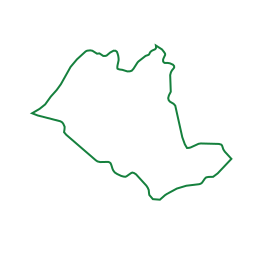 map outline of Kotayk (Robinson projection), rotated 147°
{"feature_id": "ARM-1673", "entity_name": "Kotayk", "entity_type": "Province", "adm_level": 1, "iso_a3": "ARM", "parent_name": "Armenia", "parent_adm1": "", "projection": "robinson", "projection_center": [44.631, 40.391], "detail": "fine", "context": "isolated", "style": "outline", "palette": "green", "viewbox_px": 256, "rotation_deg": 147, "n_neighbors": 0, "source": "natural_earth", "source_scale": "10m", "svg_char_len": 1704}
<svg xmlns="http://www.w3.org/2000/svg" viewBox="0 0 256 256"><g transform="rotate(147 128 128)"><path d="M140.3,50.5L145.9,54.8L146.6,60.2L145.9,61.8L144.4,64.7L144.0,67.1L144.0,69.7L146.5,84.8L147.5,87.0L148.7,88.3L150.2,88.5L155.5,88.3L156.7,88.5L158.1,89.6L159.8,91.5L162.2,95.4L163.3,97.9L163.5,100.4L163.2,102.3L162.2,105.8L161.8,107.9L162.2,109.2L163.0,110.3L169.9,114.6L171.8,116.6L172.6,118.5L183.5,156.0L183.9,159.3L181.8,161.7L180.5,163.5L180.0,166.7L180.1,168.5L181.0,170.4L196.9,187.7L200.4,192.6L191.7,192.2L184.6,192.9L175.6,196.4L167.1,198.7L160.4,201.3L142.9,210.5L133.4,213.4L121.8,215.3L120.2,215.1L117.4,213.7L115.8,212.2L113.5,207.2L111.3,206.1L109.5,201.9L108.0,200.9L106.5,200.4L101.9,201.0L98.0,200.7L96.4,199.6L95.8,198.0L96.2,196.1L96.8,194.1L97.6,192.3L98.4,190.8L99.1,189.8L102.9,186.0L103.8,184.9L104.5,183.6L104.2,182.9L103.1,181.6L101.1,179.9L97.7,175.8L95.5,174.5L93.7,174.0L91.1,174.7L84.5,177.7L83.1,178.1L74.0,178.9L71.1,178.2L70.4,178.2L69.8,178.5L68.3,179.4L67.6,179.6L66.3,179.8L65.0,179.7L62.7,179.3L61.9,179.4L61.3,179.6L60.9,180.0L60.5,180.4L60.3,180.7L59.7,182.0L56.7,175.4L56.4,172.2L56.4,170.2L57.0,169.1L59.9,167.3L61.2,166.4L62.2,164.9L62.3,163.7L61.8,162.6L59.1,160.8L57.6,159.4L55.8,156.6L55.6,154.8L56.4,153.5L58.0,152.9L59.7,152.4L61.7,151.3L63.8,149.4L72.4,135.1L75.9,133.1L78.0,131.2L78.7,129.2L78.5,127.3L76.6,123.5L76.2,121.0L87.5,90.7L89.2,83.4L89.4,79.1L87.8,78.2L86.2,77.6L77.4,76.3L75.4,75.4L60.4,65.1L58.8,63.2L58.7,62.0L59.7,58.1L59.7,55.5L58.1,45.8L77.5,41.1L83.2,40.7L87.1,43.1L89.3,44.0L91.1,43.7L95.7,41.8L97.4,41.7L98.9,42.1L110.5,47.8L120.0,50.6L131.1,51.5L133.5,51.5L140.3,50.5Z" fill="none" stroke="#15803d" stroke-width="2"/></g></svg>